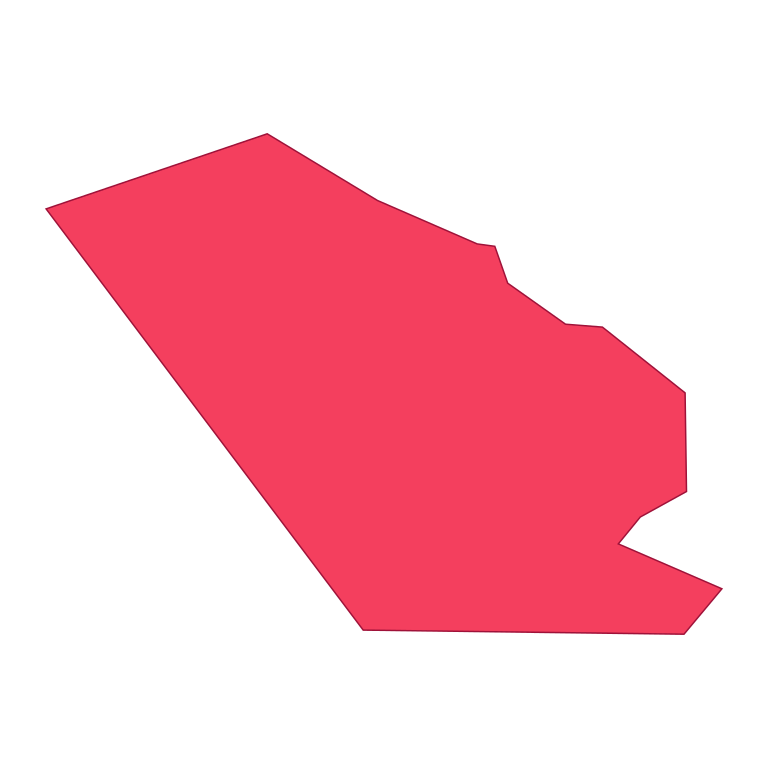 the district of Skagway, Alaska, United States of America
{"feature_id": "52423323B42499529045056", "entity_name": "Skagway", "entity_type": "district", "adm_level": 2, "iso_a3": "USA", "parent_name": "United States of America", "parent_adm1": "Alaska", "projection": "equal_earth", "projection_center": [-135.23, 59.572], "detail": "fine", "context": "isolated", "style": "filled", "palette": "rose", "viewbox_px": 768, "rotation_deg": 0, "n_neighbors": 0, "source": "geoboundaries", "source_scale": "gbopen_adm2", "svg_char_len": 334}
<svg xmlns="http://www.w3.org/2000/svg" viewBox="0 0 768 768"><path d="M684.0,634.2L721.9,588.8L618.3,543.9L640.3,517.0L686.5,491.5L685.1,392.9L602.4,327.1L565.5,324.2L507.7,283.2L494.8,246.3L477.1,243.9L377.5,200.5L267.2,133.8L56.0,205.5L46.1,208.9L363.2,630.1L684.0,634.2Z" fill="#f43f5e" stroke="#9f1239" stroke-width="1.5"/></svg>